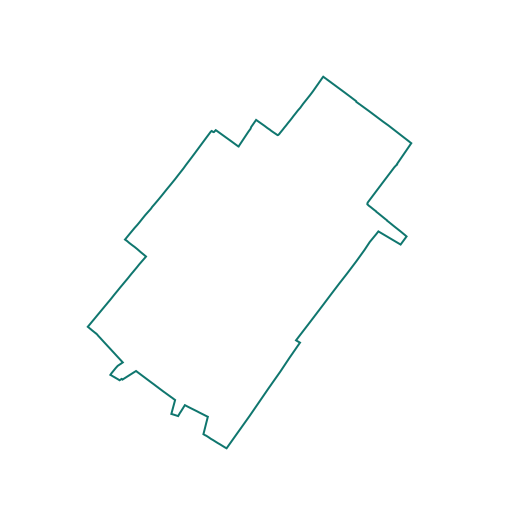 the district of Bucinisu, Olt, Romania, rotated 109°
{"feature_id": "2599482B88524911604517", "entity_name": "Bucinisu", "entity_type": "district", "adm_level": 2, "iso_a3": "ROU", "parent_name": "Romania", "parent_adm1": "Olt", "projection": "mercator", "projection_center": [24.274, 43.94], "detail": "fine", "context": "isolated", "style": "outline", "palette": "teal", "viewbox_px": 512, "rotation_deg": 109, "n_neighbors": 0, "source": "geoboundaries", "source_scale": "gbopen_adm2", "svg_char_len": 2780}
<svg xmlns="http://www.w3.org/2000/svg" viewBox="0 0 512 512"><g transform="rotate(109 256 256)"><path d="M415.8,355.0L417.4,346.8L417.9,344.5L415.9,343.0L415.9,342.8L416.3,342.0L403.8,332.0L414.2,299.7L418.5,285.6L431.8,284.7L432.9,284.6L432.8,282.3L432.7,277.5L431.2,277.2L429.5,276.9L428.7,276.7L428.0,276.5L426.3,276.1L423.7,275.5L420.2,274.7L421.0,269.1L422.0,261.5L422.1,260.8L422.4,258.9L423.7,249.4L423.7,249.2L427.3,248.9L429.9,248.7L437.9,248.0L441.6,247.7L442.1,245.3L442.1,244.8L442.2,244.3L442.8,241.8L443.6,239.0L444.0,236.8L444.6,234.3L445.3,231.3L445.8,228.7L446.4,226.1L447.2,222.5L447.4,221.2L441.6,219.5L429.0,215.8L409.4,210.0L377.2,201.1L369.9,199.0L357.5,195.4L341.4,191.2L323.6,186.2L322.9,189.9L322.7,190.7L322.4,190.6L301.2,183.5L282.7,177.4L266.4,172.1L254.6,168.2L243.0,164.2L228.6,159.5L215.0,155.4L205.7,153.0L196.1,149.4L192.9,148.3L198.1,123.0L188.5,120.0L187.8,121.7L185.8,127.0L183.1,134.7L180.3,142.4L179.9,143.6L179.7,143.7L179.4,144.3L179.2,145.1L175.6,154.9L175.0,156.7L174.7,156.9L174.1,158.8L173.1,161.6L172.5,163.2L171.7,165.7L171.1,167.0L170.9,167.5L170.6,167.7L170.3,167.7L169.7,167.7L169.4,167.8L169.1,167.8L145.7,160.2L127.1,154.1L124.6,153.0L124.0,152.6L123.7,152.4L123.5,152.6L123.1,152.6L98.8,145.9L89.5,173.2L87.5,179.9L82.2,196.3L77.6,211.4L77.0,211.7L72.7,224.9L64.6,250.8L65.4,251.1L77.3,254.5L81.5,255.7L83.7,256.4L86.4,257.3L96.8,261.0L100.4,262.1L101.2,262.3L104.8,263.8L108.6,265.1L112.2,266.4L112.7,266.5L116.8,267.9L120.0,269.1L122.7,270.0L124.0,270.5L125.6,271.1L127.4,271.7L128.5,272.1L128.8,272.2L129.1,272.3L129.5,272.5L130.2,272.7L130.9,273.0L132.0,273.4L132.5,273.5L133.6,274.0L134.2,274.3L134.5,274.6L134.7,275.0L134.6,275.3L133.1,280.9L132.5,282.9L132.0,284.2L132.0,284.3L131.3,286.9L130.9,288.1L130.2,290.2L127.3,300.2L131.9,301.5L134.4,302.2L135.2,302.5L137.6,302.6L140.4,303.5L141.1,303.7L156.8,307.8L158.2,308.1L158.2,308.3L156.2,314.7L150.4,333.9L150.1,335.0L150.9,335.4L152.5,336.1L152.7,336.5L152.7,336.8L152.6,337.2L152.2,338.6L152.6,338.9L153.4,339.3L160.9,341.7L179.3,347.5L185.5,349.5L192.8,351.9L196.5,353.0L204.3,355.7L209.9,357.6L214.8,359.4L222.3,362.2L230.1,365.0L234.9,366.8L239.8,368.7L243.5,370.2L245.4,370.7L253.3,374.0L257.7,375.6L261.7,377.0L265.4,378.4L268.9,379.9L274.7,382.1L283.1,385.2L283.8,382.8L284.9,380.1L285.2,379.2L286.3,375.9L286.9,373.9L288.1,370.6L289.9,366.2L291.2,362.7L292.3,359.8L292.6,359.9L298.5,362.3L302.0,363.7L305.1,364.8L308.8,366.2L314.0,368.2L318.0,369.6L323.5,371.7L329.8,374.1L333.1,375.3L339.3,377.6L343.6,379.1L346.0,380.0L347.8,380.7L352.0,382.3L377.7,392.0L379.8,386.4L381.8,380.8L382.2,380.2L382.7,379.4L388.0,369.6L395.7,355.3L400.0,347.3L400.8,347.9L404.9,351.0L407.7,352.2L414.0,354.5L415.8,355.0Z" fill="none" stroke="#0f766e" stroke-width="2"/></g></svg>